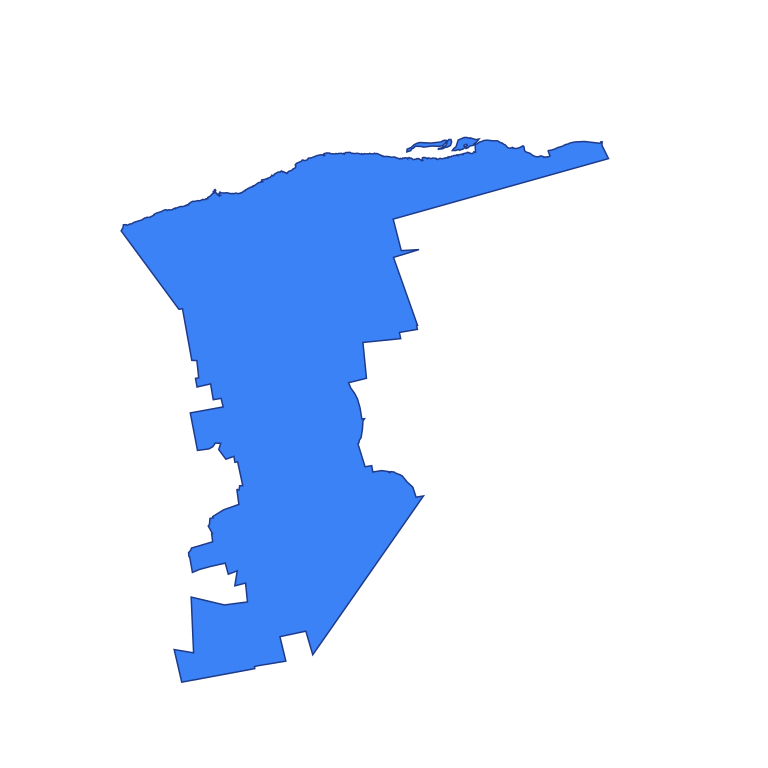 outline of Calkiní, Campeche, Mexico, rotated 73°
{"feature_id": "50627088B85126992940446", "entity_name": "Calkiní", "entity_type": "district", "adm_level": 2, "iso_a3": "MEX", "parent_name": "Mexico", "parent_adm1": "Campeche", "projection": "albers", "projection_center": [-90.434, 20.481], "detail": "fine", "context": "isolated", "style": "filled", "palette": "blue", "viewbox_px": 768, "rotation_deg": 73, "n_neighbors": 0, "source": "geoboundaries", "source_scale": "gbopen_adm2", "svg_char_len": 6174}
<svg xmlns="http://www.w3.org/2000/svg" viewBox="0 0 768 768"><g transform="rotate(73 384 384)"><path d="M229.0,327.0L234.1,103.4L219.5,105.8L216.1,104.6L215.8,105.8L216.8,106.2L216.6,107.9L210.6,121.6L208.3,131.0L207.9,136.2L208.3,137.3L208.1,140.8L208.8,143.8L208.7,149.1L209.2,151.8L209.3,155.4L208.8,158.4L209.0,158.8L209.8,158.9L214.5,158.6L214.8,160.4L214.1,162.9L214.1,164.6L213.6,164.6L211.9,166.9L211.6,168.5L212.0,169.5L211.0,172.4L208.8,175.0L206.1,176.9L203.6,180.4L202.0,181.3L198.1,180.8L197.2,181.1L197.2,182.0L196.9,182.1L197.5,184.4L197.6,188.1L196.9,190.3L195.7,191.6L196.2,191.6L195.4,193.0L195.2,195.3L194.1,196.6L190.4,198.4L190.2,199.1L188.1,200.5L187.2,202.1L184.7,204.2L183.1,209.2L181.1,213.6L180.3,217.2L180.7,220.6L180.5,222.1L181.5,224.3L181.6,227.5L182.2,227.0L189.1,228.7L188.3,230.2L188.8,230.4L189.4,232.3L188.7,234.1L187.5,235.0L187.6,235.4L186.8,236.6L187.2,237.0L186.9,241.5L187.3,241.5L187.0,241.8L187.2,243.1L186.7,244.1L186.8,245.7L186.3,247.0L186.7,247.0L186.2,247.4L186.5,248.4L185.9,250.2L186.2,251.5L185.9,252.8L186.4,253.7L185.6,255.4L186.5,256.6L185.9,256.7L186.3,257.1L185.8,258.3L185.7,259.6L186.1,259.9L185.7,260.6L185.6,262.8L184.5,264.4L185.0,267.2L184.6,267.9L184.1,267.7L183.3,268.3L183.5,268.6L182.1,271.3L182.3,272.9L180.8,275.4L180.7,276.3L181.2,276.6L179.6,278.2L178.9,279.9L178.9,281.0L180.4,281.9L181.2,281.6L180.9,282.2L181.5,282.7L178.7,284.7L178.9,285.0L178.0,286.5L178.4,287.6L178.0,289.4L178.2,290.2L175.8,292.1L175.8,293.0L174.8,293.9L175.2,294.3L174.7,295.6L175.2,295.7L174.7,295.9L173.8,297.8L174.0,298.3L173.4,300.0L174.0,300.6L173.0,302.5L173.5,303.1L171.6,305.4L171.6,306.3L170.5,306.8L169.9,307.7L169.3,310.7L167.8,313.1L166.5,317.3L165.7,318.2L166.0,318.6L164.6,319.5L164.7,319.9L162.3,322.3L161.3,323.9L161.2,325.1L160.5,325.6L160.8,327.8L159.3,330.2L159.4,331.1L158.7,333.9L157.9,335.6L158.3,337.0L157.2,337.9L157.6,338.5L155.7,341.6L154.7,346.0L154.2,346.3L154.0,347.4L152.5,348.8L151.4,353.4L152.6,354.7L151.8,355.2L152.1,355.5L150.9,357.4L150.3,359.8L150.3,361.3L149.5,362.6L149.7,363.6L148.3,367.3L147.3,368.5L146.3,371.2L146.2,373.9L146.5,374.6L147.1,374.9L147.4,374.0L148.8,373.9L147.5,374.4L147.8,375.2L146.8,376.0L146.2,377.9L146.0,381.6L146.5,387.5L145.9,390.0L146.1,390.7L147.0,391.5L147.3,393.0L147.0,395.1L146.0,396.1L146.0,396.8L146.8,397.9L147.4,403.3L148.6,404.9L149.2,404.6L150.6,405.0L151.4,405.9L151.9,408.7L152.7,409.4L152.8,413.2L154.1,414.8L153.6,415.0L153.8,416.0L153.4,416.5L152.9,416.6L151.4,418.3L151.6,418.9L150.3,419.6L150.6,421.3L151.0,421.4L150.4,423.5L151.2,427.3L152.5,428.8L152.0,429.6L152.3,429.5L152.1,430.6L153.1,432.6L153.3,435.7L153.7,435.7L153.3,437.4L153.6,438.9L153.2,439.6L153.1,441.4L153.6,441.6L155.0,440.8L155.1,441.9L154.5,442.3L155.0,443.3L154.7,445.2L156.3,449.6L156.2,451.1L156.4,451.7L156.8,451.5L156.8,452.4L157.1,452.7L156.7,454.1L157.3,455.4L157.1,456.2L158.1,460.2L158.5,460.1L158.7,462.4L159.6,463.9L159.2,464.8L159.6,465.3L159.3,466.6L159.6,467.6L158.3,469.3L158.0,470.8L158.3,471.9L157.5,472.9L157.6,474.2L156.8,475.0L156.9,475.6L155.1,478.3L154.7,480.8L153.4,484.4L152.5,484.7L153.7,486.2L154.6,486.1L155.6,485.5L155.5,485.8L156.2,486.5L154.4,487.1L153.8,487.6L154.1,488.0L152.8,488.2L151.9,488.9L151.5,490.0L150.3,489.9L150.6,490.4L150.2,491.0L151.7,491.1L151.8,491.8L151.5,491.8L153.5,495.2L154.1,498.0L155.2,498.3L154.8,499.8L155.2,500.0L154.9,500.2L155.3,501.7L154.5,503.3L155.0,506.7L154.2,508.2L154.1,511.0L153.4,513.6L153.8,516.0L154.7,518.2L155.3,518.4L155.4,518.6L155.1,518.5L155.1,518.9L155.2,521.5L156.3,522.2L155.4,521.9L155.6,524.9L155.0,525.6L154.7,528.0L155.1,530.1L154.7,532.0L155.3,532.3L154.8,532.8L154.8,534.0L155.5,535.8L154.4,539.4L154.8,540.2L153.7,541.2L153.4,543.3L154.1,547.1L154.0,551.0L154.4,553.5L154.6,554.5L155.3,554.8L156.1,559.5L155.2,562.3L155.5,563.0L155.3,564.1L155.8,566.3L156.3,567.1L156.3,575.9L157.0,578.2L156.7,580.9L157.3,583.0L156.4,583.6L155.5,586.6L158.2,587.9L160.7,590.6L252.6,558.3L253.1,554.7L305.2,560.9L306.9,556.1L323.9,559.4L323.5,562.6L332.2,563.7L333.2,549.8L349.1,551.9L350.1,544.0L358.9,544.5L355.0,577.7L393.0,581.8L394.9,570.3L393.9,566.0L391.2,562.6L393.0,557.5L398.4,561.2L409.7,557.2L409.3,548.7L415.3,549.5L415.6,546.7L439.9,548.8L439.1,551.8L443.0,553.6L441.9,555.2L442.1,555.6L456.7,558.0L457.4,574.1L460.7,586.6L462.1,586.5L461.7,589.8L467.3,592.0L468.4,593.6L476.8,591.8L476.8,592.6L484.8,594.0L484.6,616.1L486.5,617.5L488.1,620.2L492.0,621.0L492.5,620.4L508.2,622.3L507.4,614.8L507.8,602.7L508.9,588.2L520.4,588.5L519.8,579.0L533.4,585.7L533.9,574.6L552.5,578.3L548.6,601.3L531.4,630.7L585.4,644.7L576.6,662.3L610.0,664.6L618.4,590.8L616.4,590.5L616.5,587.4L620.3,558.9L595.2,557.4L597.5,531.0L622.1,531.3L502.6,379.0L501.6,386.4L491.1,386.6L484.3,390.6L477.3,393.4L475.8,394.8L472.3,399.3L471.3,399.9L469.9,402.8L469.8,403.9L470.5,404.2L469.7,405.4L469.2,405.1L466.1,411.6L464.9,420.4L458.5,419.6L457.6,426.3L433.5,426.4L433.1,425.4L430.5,423.9L428.6,421.6L420.6,417.7L413.2,414.9L411.5,412.8L410.9,415.4L399.9,413.9L390.8,413.7L384.5,414.8L378.0,417.0L372.4,417.5L373.4,399.1L338.1,392.0L345.5,354.8L339.2,354.2L341.5,336.1L337.5,335.7L337.7,334.8L265.7,337.9L265.7,311.2L261.5,328.5L229.0,327.0ZM181.5,232.1L181.9,228.7L180.7,227.7L179.8,225.0L177.5,221.5L177.2,224.6L173.8,229.6L174.3,230.1L172.5,232.6L171.7,235.3L172.4,241.7L178.2,245.8L179.1,248.3L180.7,250.4L181.7,247.2L181.5,244.1L182.5,243.5L182.4,239.6L181.6,237.7L180.5,237.3L179.5,238.0L179.0,237.5L178.8,236.2L179.0,234.6L180.2,234.6L180.7,235.9L181.9,237.0L182.8,236.7L182.6,234.5L181.5,232.1ZM169.1,276.7L170.5,268.5L172.8,262.0L173.1,259.3L173.1,258.1L171.7,255.2L169.6,252.6L168.6,254.6L168.6,256.8L169.2,258.6L167.3,268.8L163.5,279.2L163.4,282.2L164.1,285.6L165.7,288.8L166.2,293.3L168.7,294.3L168.7,290.2L167.4,289.1L167.1,286.9L166.0,284.9L166.0,283.9L167.7,279.1L169.1,276.7ZM175.4,263.2L176.2,259.4L175.6,256.2L176.0,254.7L175.4,250.7L172.2,248.5L169.8,248.5L169.1,250.3L170.7,252.5L173.5,254.5L174.4,256.8L175.0,260.0L174.8,263.0L175.6,263.9L175.4,263.2ZM149.9,490.0L150.6,489.4L150.5,488.9L149.8,488.3L148.7,488.6L148.7,489.4L149.9,490.0Z" fill="#3b82f6" stroke="#1e3a8a" stroke-width="1.5"/></g></svg>